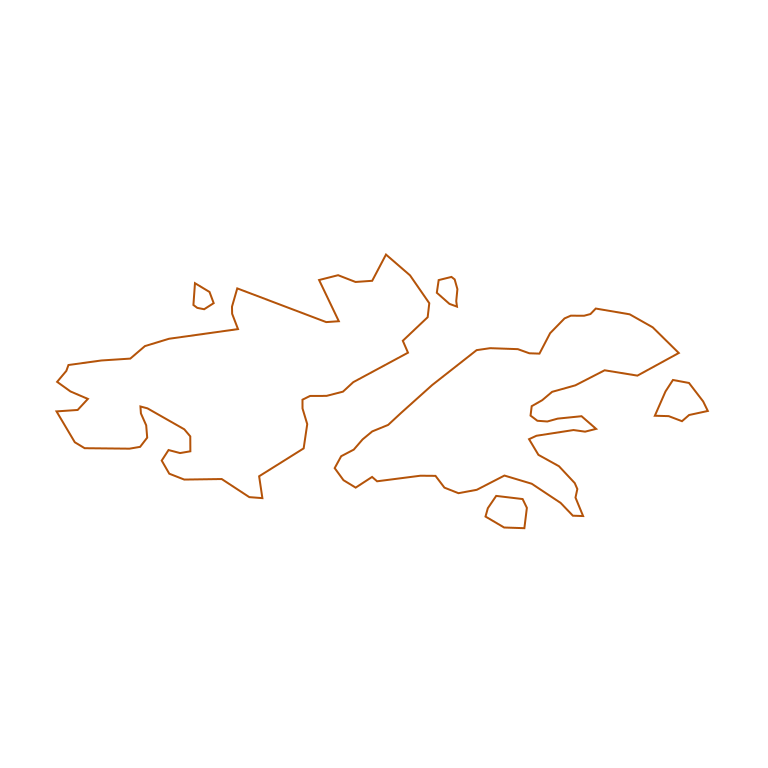 map outline of Falkland Islands (Natural Earth projection), rotated 187°
{"feature_id": "FLK", "entity_name": "Falkland Islands", "entity_type": "country or territory", "adm_level": 0, "iso_a3": "FLK", "parent_name": "South America", "parent_adm1": "", "projection": "natural_earth1", "projection_center": [-59.536, -51.789], "detail": "fine", "context": "isolated", "style": "outline", "palette": "amber", "viewbox_px": 768, "rotation_deg": 187, "n_neighbors": 0, "source": "natural_earth", "source_scale": "50m", "svg_char_len": 1950}
<svg xmlns="http://www.w3.org/2000/svg" viewBox="0 0 768 768"><g transform="rotate(187 384 384)"><path d="M503.9,255.3L533.5,269.9L570.6,264.8L586.2,268.8L595.3,280.9L589.8,292.2L578.0,290.6L568.0,293.6L569.9,308.4L576.7,314.7L615.8,331.0L623.0,332.0L621.7,325.2L615.0,314.0L612.5,301.9L618.4,291.9L628.7,288.8L673.3,283.8L683.8,288.5L705.7,316.9L684.9,320.9L676.1,333.1L694.3,338.4L708.7,346.3L700.9,358.3L699.5,364.4L667.4,372.9L638.9,378.3L625.9,392.5L602.9,402.7L535.6,420.7L543.3,435.2L544.3,442.2L541.3,461.0L448.9,438.4L436.5,440.8L461.1,479.3L442.8,486.4L424.7,481.8L408.3,485.0L397.8,512.7L371.4,495.0L348.9,469.7L348.8,455.6L370.6,429.2L364.0,418.0L414.7,382.1L423.8,371.4L439.6,365.2L456.0,363.1L463.0,358.5L461.9,349.8L455.3,334.8L455.9,310.3L496.7,277.2L490.8,255.9L503.9,255.3ZM225.2,303.0L253.3,307.8L279.0,290.3L296.8,284.7L311.4,288.5L321.7,299.1L336.7,297.4L379.0,286.6L384.5,290.3L399.5,277.7L412.5,283.6L422.7,294.5L417.7,307.1L406.0,315.2L398.5,326.4L389.9,335.5L374.9,343.9L363.5,357.4L336.1,388.8L296.2,428.9L283.0,432.5L255.4,434.9L243.5,432.2L233.4,433.1L225.3,454.7L212.8,471.1L206.9,474.6L193.8,476.1L187.6,478.6L183.0,484.7L148.6,483.1L124.2,473.0L95.2,450.7L133.5,423.2L166.7,424.5L193.9,406.0L216.2,396.7L225.0,387.2L234.7,380.0L234.7,370.5L227.3,366.2L217.3,366.7L207.4,370.8L184.0,376.1L168.0,365.3L178.6,361.2L190.3,361.4L226.4,351.2L233.3,346.9L222.1,332.5L200.3,323.7L182.6,308.9L179.3,303.3L180.1,294.6L170.3,277.2L180.5,276.3L194.2,287.5L225.2,303.0ZM83.7,383.4L97.5,386.8L111.3,385.5L103.7,410.9L97.7,423.2L81.4,422.2L65.1,405.6L59.3,396.7L77.4,390.4L83.7,383.4ZM259.0,286.6L232.4,286.7L227.1,278.5L227.1,258.0L247.3,256.2L267.1,264.8L265.8,273.4L259.0,286.6ZM342.4,493.8L330.1,498.5L326.6,496.4L322.7,487.1L322.4,475.1L321.0,469.7L328.8,471.5L342.7,481.0L342.4,493.8ZM582.8,439.2L583.9,461.0L568.4,454.1L562.9,443.5L571.6,436.3L578.6,436.8L582.8,439.2Z" fill="none" stroke="#b45309" stroke-width="2"/></g></svg>